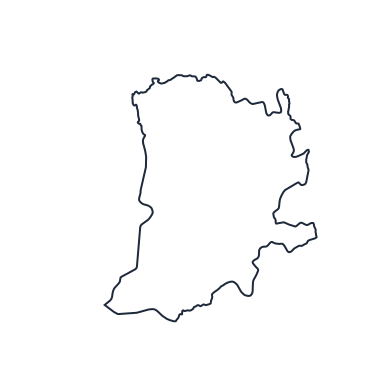 outline of Ashanti, rotated 153°
{"feature_id": "GHA-2158", "entity_name": "Ashanti", "entity_type": "Region", "adm_level": 1, "iso_a3": "GHA", "parent_name": "Ghana", "parent_adm1": "", "projection": "natural_earth1", "projection_center": [-1.65, 6.739], "detail": "fine", "context": "isolated", "style": "outline", "palette": "slate", "viewbox_px": 384, "rotation_deg": 153, "n_neighbors": 0, "source": "natural_earth", "source_scale": "10m", "svg_char_len": 5936}
<svg xmlns="http://www.w3.org/2000/svg" viewBox="0 0 384 384"><g transform="rotate(153 192 192)"><path d="M321.1,131.0L314.5,132.4L312.4,133.3L310.7,135.0L308.4,138.3L306.3,140.5L304.9,141.5L299.1,143.7L297.8,144.4L297.0,144.9L294.5,148.2L293.4,148.5L278.0,148.9L276.2,149.3L274.9,150.6L254.1,184.2L253.2,185.1L252.4,185.6L251.8,185.9L243.5,187.2L241.0,188.3L238.2,189.9L237.0,190.8L236.2,191.7L235.8,193.0L235.5,194.4L235.4,196.0L235.8,197.4L237.1,199.6L237.9,200.5L240.6,202.9L241.4,203.9L242.5,206.2L242.8,207.6L242.8,208.8L242.4,209.6L241.7,210.7L238.4,214.4L236.9,217.0L221.9,234.9L217.0,243.9L215.2,249.3L213.9,255.2L213.6,257.0L212.7,259.5L211.7,261.0L210.8,261.8L208.2,263.5L208.0,264.0L208.8,265.5L209.0,266.2L209.1,267.8L208.6,270.5L207.0,273.8L207.3,274.9L207.2,276.2L207.5,276.6L208.0,276.8L208.4,277.2L208.7,277.7L208.7,278.6L208.3,279.0L206.8,279.5L206.4,280.0L205.3,284.5L204.0,287.3L203.1,290.1L202.9,291.8L202.0,294.2L202.1,294.8L202.3,295.2L203.8,295.1L204.2,295.4L204.5,295.9L204.6,297.7L202.5,302.5L202.4,303.2L202.0,303.7L201.2,304.4L200.7,306.1L200.4,306.1L199.7,305.4L199.1,305.6L198.1,306.3L197.0,306.8L195.9,306.7L194.9,304.0L194.4,303.7L193.0,304.0L192.3,304.0L191.7,303.7L191.0,303.0L188.3,302.2L187.4,302.2L186.7,302.4L186.3,302.9L185.8,303.1L182.4,303.8L181.3,305.2L180.3,305.4L179.3,305.8L178.0,305.8L176.8,306.1L176.6,306.5L176.9,308.2L176.3,310.0L176.0,310.5L175.5,310.8L174.9,310.7L172.8,309.7L171.0,308.5L170.5,307.6L170.5,306.9L170.9,306.6L171.9,306.4L172.2,306.0L172.2,305.3L171.9,304.6L171.4,303.9L170.5,302.9L169.8,302.4L168.0,302.0L166.9,301.6L165.0,301.9L163.8,301.8L162.7,302.2L162.0,302.2L161.1,301.8L159.7,301.7L158.4,302.0L155.8,302.2L154.5,302.5L153.8,302.5L153.2,302.7L152.4,302.8L151.4,302.5L147.9,300.5L147.3,299.4L146.7,298.8L143.6,297.3L142.3,297.2L140.7,296.8L140.3,296.4L139.9,295.6L139.5,295.1L137.0,293.7L136.5,293.1L136.3,292.2L136.3,291.0L136.6,289.7L136.7,289.0L136.4,288.4L134.9,287.6L133.6,287.5L133.1,287.5L132.7,287.8L132.0,288.6L131.0,289.1L129.3,289.0L127.8,288.1L127.1,288.2L126.6,288.5L125.9,289.5L125.4,289.5L124.6,289.3L123.6,288.2L121.3,284.9L120.8,284.8L120.3,284.8L119.6,284.1L118.9,282.7L117.2,277.4L116.7,276.2L115.9,275.9L114.1,276.4L113.5,275.5L112.9,273.9L111.2,263.5L111.5,262.7L112.2,261.5L112.5,260.9L112.6,260.1L112.4,258.2L112.4,257.3L113.1,255.3L113.4,254.0L113.0,252.4L111.7,251.5L106.3,251.2L103.6,251.3L102.7,251.2L102.0,250.8L101.3,249.9L100.7,248.3L100.0,245.5L99.0,243.9L98.2,243.0L97.6,242.7L89.1,240.5L88.1,239.9L87.8,239.3L87.6,238.6L87.8,236.1L90.0,228.5L89.9,227.1L89.7,226.1L89.3,225.6L88.8,225.2L87.9,225.1L87.0,225.2L84.5,226.2L83.6,226.2L82.9,226.0L79.3,223.5L78.2,222.9L76.9,222.7L76.3,223.0L75.7,223.7L74.7,226.3L73.6,235.6L72.8,238.5L71.9,240.5L70.0,242.5L68.3,243.3L66.7,243.4L65.7,243.3L64.8,242.4L65.4,237.3L65.2,236.6L64.8,236.2L63.6,235.7L63.1,235.3L62.9,234.8L62.9,234.1L63.1,233.5L63.8,232.6L63.8,232.1L63.4,231.1L63.4,230.5L64.3,228.9L64.9,226.8L66.0,225.6L66.9,223.6L68.0,222.4L68.7,221.2L70.0,219.9L70.4,218.6L70.8,218.0L70.6,216.8L70.0,215.6L69.9,215.0L70.0,214.3L70.9,212.7L71.0,212.1L70.5,211.1L69.0,210.0L68.6,209.6L68.4,208.9L68.2,206.5L68.0,205.9L67.6,205.5L66.5,205.0L66.1,204.5L66.1,203.0L66.7,199.4L67.0,199.0L67.9,199.1L70.8,199.9L72.3,200.0L73.4,199.9L74.7,199.5L77.1,198.4L79.0,197.2L79.7,196.2L80.7,193.4L81.7,184.8L82.1,183.4L82.4,182.8L83.1,181.8L84.3,180.9L86.0,179.9L86.5,179.5L86.6,178.9L86.1,177.7L85.2,176.9L83.3,176.1L81.0,175.8L75.2,175.6L71.0,177.0L69.7,177.0L69.1,176.7L69.5,175.0L69.8,174.5L71.9,173.2L73.2,172.0L74.3,170.4L75.5,169.1L76.1,167.8L76.7,166.8L76.8,166.2L76.8,164.1L77.8,161.1L77.9,159.6L78.3,158.4L85.6,149.1L87.0,148.0L87.8,147.7L88.7,147.7L90.4,148.0L91.2,148.5L91.7,149.0L92.5,151.7L92.8,152.2L93.9,152.4L108.0,151.5L110.3,150.6L113.5,148.5L116.6,145.9L118.2,143.9L120.9,139.7L122.1,138.2L122.9,137.8L124.1,137.5L126.5,137.1L128.7,136.5L129.1,136.1L129.5,135.6L130.3,132.9L130.4,132.2L130.1,130.0L130.4,128.6L131.3,126.9L131.4,125.8L131.1,125.5L125.4,123.8L124.2,123.4L123.3,122.6L120.2,118.8L115.9,114.6L115.4,114.3L114.4,114.3L110.1,115.3L109.5,115.3L108.9,115.2L107.9,114.4L105.3,110.9L104.9,110.6L103.6,110.1L100.9,110.3L99.5,110.1L98.1,109.3L98.0,108.9L98.2,107.5L98.8,105.6L98.8,103.2L99.1,101.8L100.1,100.3L100.4,98.8L101.0,97.5L101.4,95.3L102.3,94.9L103.8,94.9L109.3,95.9L111.0,95.7L111.7,95.3L112.7,94.4L113.4,94.2L116.3,94.3L118.1,94.1L118.8,94.2L120.1,95.1L120.9,95.4L122.0,95.5L126.3,95.3L130.7,93.9L132.2,94.0L133.2,94.7L133.6,95.4L133.8,96.2L134.1,102.1L134.4,103.6L135.0,104.8L136.0,105.4L137.8,106.1L140.4,107.8L141.8,109.0L143.2,111.0L143.8,111.3L144.6,111.5L145.7,111.2L148.8,109.9L150.2,109.7L151.0,109.8L152.8,110.7L153.7,111.0L154.8,111.1L156.7,110.9L158.2,110.0L159.0,109.0L160.8,105.6L162.0,104.2L163.0,103.5L164.5,103.1L167.2,103.1L168.3,102.8L169.6,102.3L169.9,101.6L170.1,100.8L169.3,97.0L168.3,93.7L168.3,93.0L168.6,92.2L168.9,91.8L172.3,88.9L177.0,85.7L177.9,84.9L179.3,82.8L183.1,75.9L184.3,74.5L185.3,73.8L186.5,73.3L187.1,73.2L187.9,73.4L189.0,73.8L190.6,75.0L192.0,76.5L192.5,77.6L193.4,80.3L193.6,81.7L193.8,88.2L194.1,89.5L194.8,91.4L195.4,92.5L196.7,93.9L198.9,94.7L201.6,95.1L204.1,95.1L206.7,94.7L208.9,94.7L211.3,93.8L213.9,93.2L218.1,92.6L220.2,92.0L220.7,91.6L221.0,91.1L221.4,89.7L222.0,88.6L222.9,87.7L224.3,86.6L225.7,84.5L226.4,84.2L227.4,84.2L230.7,84.8L231.3,85.1L232.3,86.3L232.9,86.6L233.8,86.6L235.8,86.3L236.4,86.5L237.3,87.8L237.8,88.3L238.4,88.6L241.0,88.4L242.3,88.5L242.9,88.4L243.7,87.6L244.3,87.3L246.8,87.1L247.6,87.2L249.8,88.6L252.3,89.2L252.9,89.4L253.4,90.4L253.9,90.6L254.6,90.4L255.0,89.9L256.3,87.7L256.7,87.6L257.4,88.3L258.3,88.5L258.9,88.4L260.7,86.6L261.7,85.9L264.0,85.0L265.0,84.3L265.9,84.5L267.3,85.4L270.1,88.1L272.1,90.5L274.8,95.5L276.8,101.3L278.0,103.6L278.8,104.5L280.5,105.7L284.0,107.0L296.1,109.5L313.1,116.7L313.7,117.2L316.0,120.5L321.1,131.0Z" fill="none" stroke="#1e293b" stroke-width="2"/></g></svg>